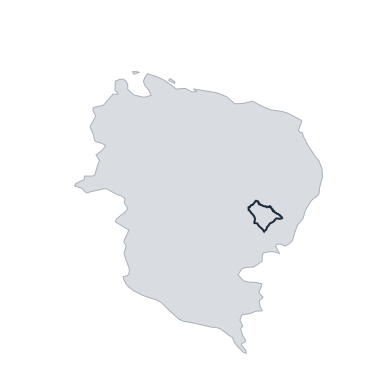 location of Kuleaen, Preah Vihéar, Cambodia, rotated 120°
{"feature_id": "14789045B31291956543174", "entity_name": "Kuleaen", "entity_type": "district", "adm_level": 2, "iso_a3": "KHM", "parent_name": "Cambodia", "parent_adm1": "Preah Vihéar", "projection": "equal_earth", "projection_center": [104.523, 13.796], "detail": "fine", "context": "in_parent", "style": "outline", "palette": "slate", "viewbox_px": 384, "rotation_deg": 120, "n_neighbors": 0, "source": "geoboundaries", "source_scale": "gbopen_adm2", "svg_char_len": 6534}
<svg xmlns="http://www.w3.org/2000/svg" viewBox="0 0 384 384"><g transform="rotate(120 192 192)"><path d="M304.5,64.3L305.2,67.5L303.4,73.7L301.5,79.3L297.8,84.2L297.6,87.8L296.4,98.5L296.9,102.0L297.8,104.9L299.0,106.5L302.2,117.0L305.2,126.6L308.1,134.4L308.7,139.4L306.1,152.0L303.0,163.6L303.3,169.4L304.7,175.2L306.1,182.9L306.7,192.8L305.9,199.2L304.6,203.2L301.9,207.3L299.6,209.4L296.8,206.0L294.5,205.8L291.6,206.8L289.2,208.5L284.4,214.5L279.1,220.3L271.8,221.8L269.0,226.2L265.9,226.8L260.1,227.0L256.3,228.0L256.5,230.2L256.2,240.5L256.3,243.0L255.7,243.6L253.1,243.9L248.6,242.3L242.6,239.8L238.3,239.4L236.1,243.9L234.8,245.6L233.1,245.9L231.4,246.7L230.9,248.7L230.7,251.2L231.6,255.5L231.9,262.4L231.7,267.0L233.2,270.0L242.5,279.9L245.2,282.4L245.5,283.8L243.9,289.2L245.4,296.8L242.5,296.7L237.7,293.4L235.3,291.4L232.6,293.0L231.6,292.7L229.7,289.0L227.2,285.2L224.7,284.9L219.3,286.4L213.8,287.5L211.7,287.5L210.9,288.2L207.7,293.8L206.3,292.9L200.8,290.7L195.8,289.9L194.7,291.3L195.3,296.0L196.5,300.5L195.8,302.4L193.0,304.8L189.4,309.0L187.1,312.4L185.6,313.2L180.0,313.0L174.4,313.5L172.2,316.6L170.1,319.1L168.3,319.7L161.0,312.0L146.6,309.3L145.0,305.8L143.6,305.2L142.3,309.6L134.4,313.9L131.1,311.3L128.6,308.2L129.0,304.4L131.3,301.2L135.2,299.0L137.1,291.1L134.1,281.1L131.4,278.2L128.7,275.8L125.8,279.6L123.3,286.0L120.7,289.3L117.1,290.0L111.8,289.7L109.8,280.2L109.1,272.0L109.9,262.6L110.7,257.1L105.6,249.5L105.3,242.2L102.9,238.4L102.1,240.3L102.2,242.4L101.5,240.9L93.5,219.6L92.2,209.7L93.6,202.1L94.4,199.6L92.1,195.6L88.9,191.0L83.1,185.1L82.8,175.6L81.5,164.5L79.8,160.8L77.2,154.0L75.8,148.3L75.3,133.4L76.1,132.1L80.1,131.7L85.4,130.6L86.2,128.2L85.3,126.2L88.6,122.8L93.4,115.4L97.2,107.7L99.8,102.8L101.4,97.9L106.8,91.1L114.3,86.3L119.3,85.2L124.5,83.6L129.6,81.3L131.9,81.1L138.2,83.9L141.5,84.6L145.1,84.5L148.7,84.8L151.9,84.5L159.6,82.6L167.7,84.1L174.9,82.9L183.9,80.7L188.3,82.1L192.3,84.3L192.8,88.9L193.8,91.0L195.1,92.6L196.9,92.6L199.2,89.4L201.1,86.1L201.7,85.5L201.8,87.1L202.7,90.7L204.4,94.2L206.2,96.5L209.1,99.6L210.9,99.7L217.0,96.8L226.2,101.0L227.3,103.1L230.3,107.4L233.5,110.5L240.7,110.7L243.2,103.1L242.0,98.5L237.9,90.5L236.7,85.7L238.0,84.9L244.9,84.0L246.1,83.0L247.6,77.8L249.5,78.4L253.3,79.1L257.3,75.5L259.7,71.8L261.0,73.5L262.5,76.1L264.0,77.6L267.0,79.9L270.2,83.1L272.2,86.2L273.8,87.4L277.9,86.5L279.0,86.6L281.4,82.9L283.0,80.8L284.5,81.4L286.5,81.3L290.8,76.5L293.2,72.1L294.6,70.9L298.4,73.1L300.0,72.7L302.1,66.6L304.5,64.3ZM107.1,267.6L106.3,268.1L105.5,268.1L104.8,267.3L104.9,263.8L105.4,261.7L106.7,261.3L107.1,267.6ZM119.1,301.4L117.5,303.7L114.9,298.9L114.9,297.6L119.1,301.4Z" fill="#d9dde1" stroke="#a8b0b8" stroke-width="1"/><path d="M169.6,100.9L169.5,101.1L169.5,101.3L169.3,101.5L169.1,101.6L168.9,101.7L168.9,101.9L168.8,102.1L168.7,102.4L168.7,102.5L168.6,102.8L168.6,103.0L168.5,103.3L168.5,103.6L168.4,103.8L168.4,104.0L168.5,104.1L168.5,104.3L168.4,104.5L168.2,104.6L168.3,105.1L168.2,105.4L168.1,105.6L167.9,106.3L168.0,106.6L168.2,106.9L168.2,107.0L168.3,107.4L168.4,107.7L168.4,107.8L168.3,108.0L168.3,108.3L168.2,108.5L168.0,108.8L168.1,109.0L168.1,109.4L168.1,109.5L168.3,109.7L168.3,109.8L168.2,110.4L168.2,110.7L168.1,110.8L167.7,111.2L167.6,111.3L167.5,111.5L167.5,111.8L167.9,112.2L167.9,112.3L168.0,112.4L167.9,112.5L167.6,112.5L167.3,112.4L167.2,112.4L167.1,112.6L167.0,112.8L166.9,113.1L166.8,113.4L166.7,113.8L166.9,114.0L167.0,114.1L166.9,114.2L166.7,114.4L166.7,114.5L166.5,114.8L166.4,114.8L166.3,115.0L166.4,115.3L166.3,115.6L166.2,115.7L165.8,115.6L165.7,115.7L165.7,115.8L165.8,116.0L165.7,116.4L165.7,116.5L165.4,116.9L165.3,117.0L165.4,117.4L165.4,117.5L165.5,117.5L165.8,117.5L166.0,117.4L166.3,117.3L166.5,117.5L166.6,117.8L166.7,118.1L166.8,118.2L166.8,118.4L166.8,118.7L166.9,119.1L167.0,119.3L167.3,119.5L167.5,119.6L167.7,119.8L167.8,119.8L167.8,120.0L167.7,120.4L167.7,120.5L167.5,120.8L167.6,121.0L167.7,121.4L167.8,121.6L168.1,121.8L168.2,122.0L168.4,122.6L168.4,123.0L168.5,123.4L168.5,123.7L168.5,123.8L168.5,124.2L168.4,124.4L168.4,124.6L168.4,124.8L168.4,125.0L168.5,125.2L168.6,125.4L168.9,125.6L168.9,126.6L168.8,126.8L168.7,126.9L168.5,127.3L168.5,127.5L168.4,127.5L168.4,127.8L168.3,128.0L168.3,128.4L168.2,128.6L168.2,128.8L168.3,128.8L168.2,128.9L168.3,128.9L168.2,128.9L168.2,129.0L167.9,129.2L167.8,129.3L167.6,129.3L167.5,129.5L167.4,129.6L167.3,129.8L167.3,130.2L167.2,130.3L167.3,130.6L167.4,130.8L167.5,131.0L167.4,131.0L167.5,131.4L167.7,131.6L167.6,131.8L167.5,132.0L167.6,132.3L168.7,132.5L169.3,132.5L169.7,132.6L170.5,132.6L170.9,132.7L171.2,132.7L171.5,132.9L172.0,133.0L172.4,133.0L172.5,133.0L172.8,133.0L173.0,133.1L173.2,133.3L173.2,133.5L173.4,133.7L173.5,133.8L173.6,134.0L173.9,134.2L174.0,134.2L174.3,134.3L174.5,134.4L174.9,134.4L175.6,134.3L175.9,134.3L176.0,134.6L176.2,134.8L176.3,134.8L176.5,135.0L176.7,135.3L176.8,135.4L177.0,135.4L177.1,135.2L177.3,135.1L177.5,135.0L177.8,134.9L178.0,134.8L178.0,134.7L178.3,134.6L178.4,134.4L178.5,134.4L178.7,134.2L178.8,134.1L179.0,134.0L179.0,133.9L179.2,133.7L179.3,133.7L179.3,133.4L179.3,133.1L179.4,132.8L179.5,132.4L179.6,132.2L179.8,131.8L179.9,131.6L180.3,130.6L180.4,130.4L180.5,130.1L180.7,129.8L180.8,129.3L180.9,128.8L180.9,128.6L181.0,128.4L181.4,127.4L181.7,126.8L181.8,126.5L182.0,126.0L182.1,125.9L182.3,125.8L182.4,125.7L182.5,125.4L182.8,125.0L183.2,124.5L183.6,124.2L184.2,123.8L184.7,123.6L185.2,123.5L185.3,123.5L185.7,123.3L186.2,123.1L186.4,123.1L186.6,123.0L187.3,122.7L187.7,122.4L187.5,121.9L187.3,121.7L187.2,121.4L187.1,121.1L187.0,120.8L186.9,120.5L186.7,120.2L186.6,119.9L186.6,119.7L186.8,119.3L187.3,118.5L187.5,118.1L187.7,117.7L188.1,116.4L188.2,116.0L188.4,115.3L188.5,114.8L188.6,114.2L188.7,113.4L188.9,112.8L189.3,111.6L189.4,111.4L189.6,111.0L190.0,110.4L190.0,110.2L190.2,109.8L189.7,109.8L189.4,109.7L189.1,109.6L188.9,109.5L188.4,109.2L187.8,109.0L187.3,109.0L186.8,109.0L186.4,109.1L186.1,109.2L185.8,109.2L185.6,109.3L185.1,109.4L185.0,109.5L184.7,109.5L184.5,109.4L184.2,109.4L183.4,109.1L182.8,108.9L182.7,108.9L182.4,108.9L181.6,108.9L181.4,108.9L181.2,108.9L180.9,108.9L180.2,108.7L179.8,108.5L179.2,108.1L178.8,107.8L178.1,107.3L177.2,106.8L176.9,106.7L176.4,106.5L176.1,106.5L175.9,106.4L174.1,106.2L173.7,106.1L173.1,106.0L172.8,105.7L172.5,105.1L172.3,104.8L172.1,104.5L171.8,103.7L171.6,103.2L171.5,102.9L171.4,102.8L171.4,102.7L171.0,102.2L170.7,101.8L170.6,101.7L170.2,101.4L170.0,101.2L169.8,101.0L169.6,100.9Z" fill="none" stroke="#1e293b" stroke-width="2"/></g></svg>